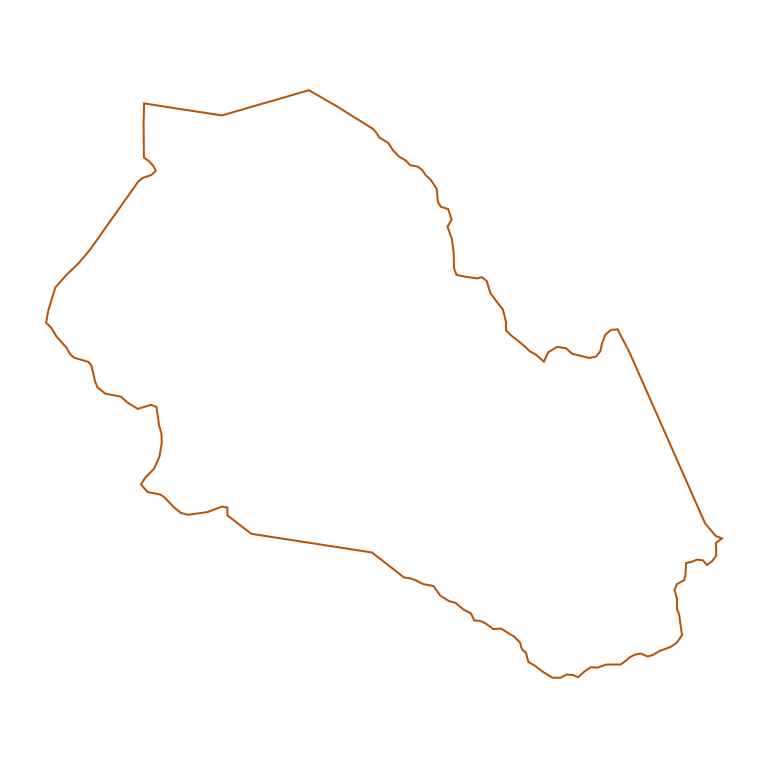 outline of Mirandiba, Pernambuco, Brazil
{"feature_id": "56859067B27130243825859", "entity_name": "Mirandiba", "entity_type": "district", "adm_level": 2, "iso_a3": "BRA", "parent_name": "Brazil", "parent_adm1": "Pernambuco", "projection": "natural_earth1", "projection_center": [-38.712, -8.157], "detail": "fine", "context": "isolated", "style": "outline", "palette": "amber", "viewbox_px": 768, "rotation_deg": 0, "n_neighbors": 0, "source": "geoboundaries", "source_scale": "gbopen_adm2", "svg_char_len": 2186}
<svg xmlns="http://www.w3.org/2000/svg" viewBox="0 0 768 768"><path d="M682.0,635.2L679.1,614.5L677.0,608.9L677.0,598.9L674.5,589.9L677.0,584.0L684.2,580.1L685.5,574.7L686.0,563.2L691.6,561.8L697.2,559.6L702.8,560.3L707.0,565.0L712.7,560.6L716.3,555.5L716.0,542.8L721.9,538.4L715.7,536.0L705.1,523.4L629.1,351.5L617.5,329.3L611.1,329.9L605.3,334.7L601.7,344.6L600.4,351.1L596.1,356.5L589.2,358.0L578.5,355.3L572.3,353.8L565.9,348.2L557.1,346.9L548.1,352.4L543.9,361.6L535.5,354.4L529.6,351.1L525.1,346.7L518.2,341.0L511.3,335.6L506.0,330.2L506.0,322.1L503.0,309.8L499.1,304.8L495.0,299.3L490.4,293.1L486.7,281.1L481.8,277.1L477.1,278.4L464.0,276.5L456.5,274.8L454.0,268.2L453.7,253.0L451.9,239.1L447.5,226.6L451.6,219.6L448.2,209.1L440.8,206.7L437.9,201.9L436.7,188.8L433.3,183.7L430.3,179.4L425.8,175.3L422.4,170.2L417.8,166.6L410.1,165.2L405.7,160.6L398.8,156.4L392.9,150.1L388.4,143.0L379.4,137.6L376.6,133.1L373.3,129.1L337.1,106.5L308.9,90.2L222.0,115.4L186.2,110.0L144.1,103.4L143.6,122.9L143.9,157.6L148.8,161.0L153.4,166.0L155.9,170.8L151.4,175.0L142.4,178.0L138.2,181.6L89.9,249.9L78.5,263.3L66.5,274.8L62.6,279.2L55.3,287.6L48.4,310.0L46.1,322.8L50.8,327.2L56.4,336.4L66.7,347.9L70.1,354.2L74.2,357.7L88.4,361.9L91.5,365.8L95.1,381.5L97.5,387.4L105.4,393.7L121.0,396.7L126.8,402.1L137.7,408.9L151.1,404.8L156.5,407.2L159.1,425.5L161.5,433.6L161.7,443.4L159.4,456.7L154.1,468.6L145.1,477.9L141.0,484.4L147.5,492.0L159.7,494.4L164.0,496.8L173.9,507.3L180.8,512.9L188.2,514.8L207.3,512.1L222.0,506.6L227.4,507.6L227.4,515.4L246.5,530.1L251.2,533.8L356.4,550.1L372.0,552.5L384.6,562.3L403.9,577.4L409.8,578.2L415.3,580.1L423.0,584.0L433.4,586.0L440.2,595.6L449.0,601.1L455.5,602.8L463.2,609.4L470.8,613.3L474.3,620.5L479.7,620.8L485.1,623.1L493.4,629.2L500.9,628.5L508.3,633.1L514.3,636.7L520.0,642.6L522.0,649.5L525.9,652.6L528.4,661.9L534.9,665.7L543.7,672.4L552.5,677.7L560.5,677.8L566.6,674.5L572.9,675.0L578.2,677.2L584.2,671.7L590.6,667.3L597.4,667.6L605.9,664.6L613.4,664.5L620.5,664.5L625.5,661.0L630.1,657.0L635.0,654.7L640.7,653.5L647.6,656.5L652.9,655.0L659.5,651.0L665.2,648.9L670.9,646.8L677.0,642.4L682.0,635.2Z" fill="none" stroke="#b45309" stroke-width="2"/></svg>